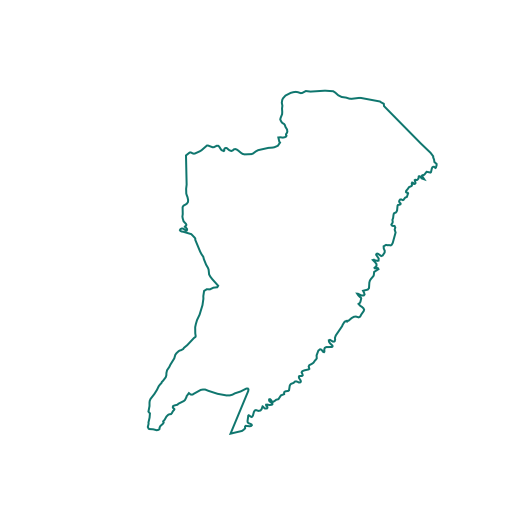 outline of Guaviare, rotated 135°
{"feature_id": "COL-1423", "entity_name": "Guaviare", "entity_type": "Commissiary", "adm_level": 1, "iso_a3": "COL", "parent_name": "Colombia", "parent_adm1": "", "projection": "mercator", "projection_center": [-71.908, 1.785], "detail": "fine", "context": "isolated", "style": "outline", "palette": "teal", "viewbox_px": 512, "rotation_deg": 135, "n_neighbors": 0, "source": "natural_earth", "source_scale": "10m", "svg_char_len": 6110}
<svg xmlns="http://www.w3.org/2000/svg" viewBox="0 0 512 512"><g transform="rotate(135 256 256)"><path d="M121.7,348.6L116.1,346.8L113.7,345.4L111.8,343.9L110.6,342.3L109.2,339.5L108.0,338.6L104.1,337.4L101.2,333.7L90.3,324.1L84.9,317.9L84.4,315.4L84.2,311.5L83.0,307.9L80.3,304.3L78.7,301.2L77.2,299.5L71.7,295.2L70.0,293.5L59.1,277.6L58.9,276.2L58.0,273.3L59.5,271.4L59.9,219.3L59.6,205.6L60.2,201.2L61.0,200.4L61.9,198.3L63.4,196.3L63.2,193.4L64.1,192.5L66.3,191.3L66.9,191.4L67.0,193.1L67.7,193.8L68.5,194.0L69.7,193.6L72.9,191.6L73.6,191.6L75.8,194.9L79.3,194.5L80.2,194.7L80.9,195.3L81.7,195.5L82.1,194.8L82.8,191.3L84.0,193.8L83.8,195.0L83.8,196.4L84.2,197.1L84.7,197.2L86.3,195.9L88.1,195.8L89.0,196.4L89.5,197.3L90.1,197.4L91.6,194.8L92.8,194.7L93.4,195.3L93.2,196.8L93.6,197.5L94.5,197.2L95.6,195.8L96.5,195.5L99.2,196.5L101.1,196.1L103.7,195.9L104.7,195.2L104.7,194.3L104.0,193.5L104.1,192.8L107.5,191.1L109.3,191.8L112.0,191.4L112.7,191.7L113.3,193.3L114.1,194.0L115.1,193.9L116.1,193.5L116.6,192.6L116.6,190.9L117.3,190.4L118.1,190.7L119.6,191.7L120.3,191.5L124.1,188.4L125.7,187.9L126.7,187.9L127.4,188.4L128.4,188.6L129.9,187.7L132.2,185.9L134.1,185.0L134.8,183.9L135.8,183.0L138.1,182.5L138.4,181.6L138.0,180.5L136.8,179.3L137.4,177.6L139.3,176.6L140.7,173.9L150.0,168.6L152.0,168.0L153.2,168.2L154.3,169.7L155.2,170.4L156.2,171.9L158.9,172.6L160.4,170.9L161.3,168.6L162.6,167.5L166.1,166.8L167.5,167.4L168.1,171.1L168.5,171.9L169.2,172.3L170.2,171.9L171.0,167.5L172.6,166.1L173.6,166.7L175.4,169.7L174.6,169.7L176.2,170.5L176.2,167.4L176.5,165.1L177.8,163.8L180.6,163.8L180.6,163.1L178.7,161.7L178.4,161.2L178.7,160.1L183.7,161.2L186.2,159.2L187.1,158.8L190.9,158.5L192.8,158.1L194.6,157.1L198.8,153.4L200.7,153.2L204.9,155.7L205.6,153.5L206.5,152.0L207.7,151.9L209.3,153.5L210.6,157.2L211.1,157.8L211.5,155.7L211.5,153.5L211.3,152.3L211.6,151.6L214.5,149.8L215.9,149.4L217.4,149.6L217.5,147.0L217.1,145.2L217.0,143.1L217.5,141.6L218.8,140.9L222.9,140.2L225.2,139.5L226.8,140.0L228.2,142.6L229.8,143.8L232.3,144.5L236.4,144.8L237.6,145.9L238.1,145.4L239.0,146.7L240.3,146.8L243.3,146.1L244.7,145.5L255.7,143.4L258.1,142.3L259.1,141.0L260.6,140.1L261.4,140.3L262.2,141.2L263.0,144.4L264.1,144.9L265.0,143.8L265.4,141.9L265.3,138.6L265.9,137.9L266.7,138.0L270.7,141.9L272.3,142.4L273.6,141.8L275.3,140.0L275.9,139.9L276.3,140.6L276.0,143.5L276.6,144.7L278.8,145.0L283.4,142.9L285.4,140.7L286.6,140.4L288.1,140.4L290.9,139.9L293.0,140.3L295.4,141.1L296.8,140.7L298.1,138.5L299.0,138.6L302.6,140.9L304.7,141.8L306.0,141.5L306.8,139.4L307.4,138.6L308.4,138.7L310.3,140.5L311.2,140.2L311.9,139.1L312.5,136.3L313.2,135.4L314.2,135.4L315.1,136.2L315.6,137.7L316.3,139.0L317.3,139.7L319.2,139.7L321.6,140.8L322.7,140.8L323.9,140.4L327.6,137.7L328.6,137.8L330.9,139.5L332.0,139.8L333.0,139.3L333.8,138.4L336.9,139.8L341.4,138.9L343.4,140.1L345.2,140.3L347.2,140.8L347.6,141.7L347.2,143.9L347.3,144.8L347.9,145.3L348.6,145.0L349.1,144.1L349.1,142.6L348.7,140.9L349.0,139.7L349.9,139.6L351.8,141.0L353.1,143.0L354.0,143.7L354.6,143.0L354.5,141.6L355.2,140.6L356.1,140.5L357.5,141.8L357.7,143.2L357.5,144.4L357.7,145.0L360.5,143.7L362.1,143.6L363.8,144.7L365.0,147.1L366.1,147.6L367.8,147.2L370.9,145.4L372.1,145.1L372.9,145.2L373.3,146.1L373.7,148.5L374.3,148.6L378.8,145.2L379.5,144.2L379.5,143.1L378.5,140.8L378.3,139.9L378.6,139.3L379.7,139.3L380.8,140.0L383.4,143.2L384.4,143.1L385.6,141.8L387.8,141.9L389.6,142.2L399.6,148.4L357.0,166.0L355.6,167.1L355.5,168.1L356.6,169.1L362.7,171.1L368.0,173.8L370.7,174.6L373.0,175.9L375.4,178.2L380.6,185.7L385.0,194.3L386.4,197.6L387.8,199.0L389.8,200.4L397.5,202.6L398.3,202.7L399.3,203.2L400.2,204.4L400.4,206.5L404.3,205.9L405.0,205.4L408.0,204.4L409.6,204.5L415.3,206.4L416.7,206.4L419.2,207.9L420.6,208.5L421.7,208.0L422.1,207.0L421.9,206.0L422.0,205.4L422.8,205.1L424.6,205.0L426.5,204.4L427.9,204.3L429.3,205.4L430.4,205.8L432.9,205.8L436.1,204.9L437.2,204.7L438.1,204.8L438.7,204.6L439.1,203.5L440.4,203.2L443.7,203.4L445.4,202.9L446.6,201.9L447.8,202.0L449.4,203.0L451.2,206.1L453.9,209.2L454.0,209.9L453.4,211.6L450.6,213.3L449.8,214.3L445.5,217.0L442.3,219.7L442.1,222.0L437.4,225.2L434.9,227.7L433.6,228.7L431.7,229.5L425.4,230.3L420.6,231.4L416.9,232.7L414.7,233.0L412.8,233.0L411.7,233.5L409.9,233.5L405.6,234.1L403.7,235.1L402.1,236.6L399.7,238.1L395.6,238.9L393.4,239.7L386.2,241.4L382.9,243.2L381.0,243.5L377.9,243.4L376.6,243.0L375.6,242.4L373.2,241.7L371.9,242.0L367.7,241.6L357.8,241.9L356.1,241.6L355.3,242.0L353.6,244.3L349.3,248.7L346.5,250.5L343.0,252.4L337.4,254.4L328.6,259.1L323.5,262.9L321.6,264.9L317.4,268.0L314.3,267.3L312.2,265.0L308.5,263.7L305.5,261.3L303.8,261.7L303.3,270.7L302.9,273.7L302.2,276.1L299.2,279.8L298.4,281.5L297.4,285.2L295.1,290.6L293.8,292.8L293.3,295.7L292.4,298.6L287.5,310.4L286.6,311.3L286.4,312.3L286.3,317.2L290.3,324.6L291.2,325.8L291.7,327.1L291.5,328.1L290.3,328.4L289.0,327.9L288.2,327.0L287.5,323.5L287.0,323.0L286.3,323.2L285.7,323.8L285.5,325.2L285.7,326.4L285.5,327.1L283.9,326.9L283.2,327.3L282.8,328.3L282.7,331.7L281.3,334.3L280.2,335.9L278.2,337.4L273.4,342.4L272.1,342.8L270.9,342.7L269.5,342.2L267.8,341.9L265.9,342.3L264.4,343.6L262.8,346.1L262.0,347.9L261.2,349.4L257.9,352.9L254.6,355.5L234.4,376.6L229.8,376.1L228.9,375.4L228.2,373.3L227.6,372.3L226.8,371.7L221.8,369.8L219.8,369.3L212.6,368.8L211.8,368.0L209.8,363.6L208.8,362.7L205.8,361.7L204.7,360.5L204.8,358.8L205.3,356.8L205.5,355.2L204.6,353.0L203.9,353.0L203.1,353.9L202.0,354.2L200.9,353.7L200.4,353.0L200.1,349.7L199.2,347.7L197.8,347.1L196.1,347.0L194.9,346.1L194.3,344.7L194.0,343.0L193.7,339.7L193.3,337.7L192.2,335.9L187.2,331.3L185.8,330.6L182.2,330.1L179.6,329.3L170.8,323.7L167.7,321.0L166.1,319.9L162.6,318.5L158.8,319.2L158.7,320.3L156.4,324.0L154.8,322.7L153.3,320.7L151.6,319.6L150.2,319.2L149.4,319.5L149.2,320.4L148.6,320.9L146.8,321.3L145.9,321.8L144.6,323.5L143.9,326.4L143.0,328.2L142.8,329.4L143.3,331.5L143.2,332.7L142.8,334.2L142.2,335.5L140.6,336.4L137.3,337.8L135.6,339.3L133.4,341.8L131.1,343.6L129.4,346.1L127.1,347.8L125.5,348.4L121.7,348.6Z" fill="none" stroke="#0f766e" stroke-width="2"/></g></svg>